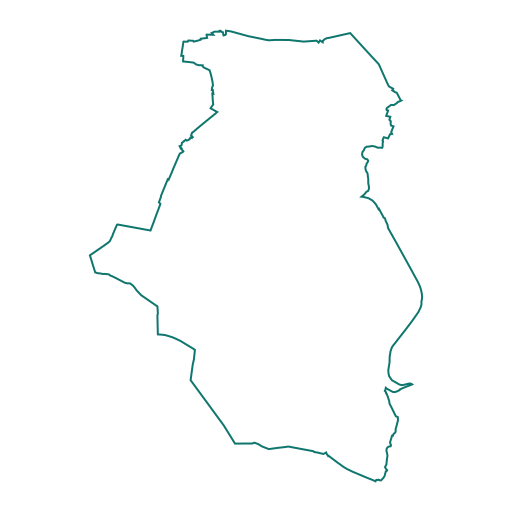 outline of Ixtlán, Michoacán, Mexico
{"feature_id": "50627088B63014892891044", "entity_name": "Ixtlán", "entity_type": "district", "adm_level": 2, "iso_a3": "MEX", "parent_name": "Mexico", "parent_adm1": "Michoacán", "projection": "albers", "projection_center": [-102.403, 20.149], "detail": "fine", "context": "isolated", "style": "outline", "palette": "teal", "viewbox_px": 512, "rotation_deg": 0, "n_neighbors": 0, "source": "geoboundaries", "source_scale": "gbopen_adm2", "svg_char_len": 5695}
<svg xmlns="http://www.w3.org/2000/svg" viewBox="0 0 512 512"><path d="M412.1,384.4L411.4,383.9L410.6,383.6L409.8,383.5L409.0,383.6L406.4,384.2L403.6,384.9L402.8,385.0L401.8,385.1L400.4,384.8L399.5,384.5L398.8,384.2L395.9,382.5L391.9,380.2L389.2,376.3L388.5,373.3L388.3,370.0L389.3,364.1L389.6,361.4L389.6,359.1L389.7,356.5L390.1,354.0L390.5,351.4L391.2,349.2L392.1,347.0L392.9,345.8L395.0,343.2L400.2,336.5L405.3,330.0L411.6,321.7L418.3,312.2L420.5,307.7L421.4,305.0L421.5,302.9L421.3,301.9L421.8,300.1L422.1,297.1L422.0,295.0L421.3,291.0L420.5,288.1L419.4,285.2L417.5,281.2L414.4,275.6L409.4,266.4L409.0,265.7L397.2,244.3L389.5,230.6L388.1,228.2L387.5,224.7L385.5,220.4L385.5,220.1L385.0,218.4L384.7,218.1L383.5,217.6L383.4,217.0L379.0,208.9L378.6,209.3L376.0,204.5L375.1,203.4L373.7,201.8L372.0,200.2L370.5,199.4L368.5,198.2L366.3,197.6L364.0,197.1L363.4,197.0L361.5,196.7L364.1,194.6L365.1,193.5L366.4,191.8L368.0,191.0L368.6,189.9L369.0,188.4L368.9,186.7L368.2,182.6L368.3,180.1L368.2,178.4L367.9,176.7L367.7,174.4L367.2,172.5L366.3,171.6L365.5,169.2L365.4,166.6L366.2,165.7L366.6,163.6L367.9,161.8L368.2,160.6L367.2,159.3L365.4,158.9L364.3,158.1L363.2,157.2L362.5,156.2L362.1,154.3L362.4,152.2L363.8,150.3L364.9,147.8L366.7,146.7L369.4,146.5L372.1,146.0L375.3,146.6L377.7,147.7L380.1,147.7L381.0,147.7L382.2,147.8L382.6,146.5L382.7,145.0L382.6,144.1L382.6,143.3L383.1,141.5L382.5,140.5L383.1,139.0L383.7,137.3L384.5,137.4L388.0,138.4L390.1,134.2L392.1,133.9L391.2,132.1L392.7,128.3L393.3,126.9L393.5,126.4L391.0,125.5L390.6,123.7L390.8,121.3L389.4,119.8L390.3,116.8L386.2,115.9L388.1,110.5L387.4,110.3L386.7,110.1L386.6,109.5L386.5,108.8L386.9,108.0L391.1,104.9L393.8,105.1L397.1,102.9L397.8,102.0L399.3,101.5L401.1,100.6L400.8,100.5L396.8,92.8L394.5,91.9L393.9,91.1L393.4,91.1L392.2,90.3L393.2,88.8L392.9,88.6L388.9,86.4L387.2,83.0L380.0,66.9L378.8,64.2L369.5,54.2L350.2,33.1L345.3,34.2L328.8,37.9L326.8,38.2L324.7,39.2L322.9,40.8L322.7,42.3L320.0,40.4L318.6,42.6L316.6,40.7L303.6,41.6L301.8,41.4L295.4,40.7L288.9,40.0L287.2,40.0L275.3,39.9L268.9,40.3L265.6,39.8L262.2,39.0L248.4,36.2L230.9,31.4L226.0,30.7L225.9,34.3L225.2,35.0L223.5,35.4L222.9,32.3L221.5,31.9L220.7,30.8L219.5,30.8L219.4,31.7L217.8,31.7L215.4,31.6L214.0,31.8L212.2,32.8L211.7,33.0L213.3,34.8L206.6,34.6L206.5,34.8L207.1,37.9L206.8,38.0L200.7,38.7L200.7,39.7L198.3,40.5L193.7,41.6L193.2,40.8L188.4,40.5L187.7,41.7L187.3,41.7L183.5,41.6L183.4,41.7L182.6,47.3L182.0,50.8L181.7,53.3L181.2,55.8L183.3,55.9L183.3,57.8L183.1,60.1L183.1,61.5L184.8,61.6L187.5,61.9L188.7,62.0L188.8,62.0L190.1,62.2L191.1,62.3L193.6,62.6L195.4,63.9L196.5,64.6L197.0,64.7L198.8,65.2L200.8,65.2L201.4,65.3L202.7,65.3L202.7,66.4L203.5,67.2L204.2,67.7L205.9,68.5L207.8,69.4L209.5,70.2L210.6,73.4L211.4,76.6L212.5,81.8L213.0,85.3L212.1,87.5L211.8,90.1L212.8,90.0L213.2,92.8L213.4,93.9L212.3,93.7L212.7,98.2L212.6,98.5L213.2,104.5L211.7,106.5L210.6,108.3L217.2,112.0L215.3,113.7L212.6,115.9L209.1,118.7L208.9,118.9L204.6,122.4L203.5,123.3L201.9,124.6L197.7,128.1L197.2,128.5L196.9,128.8L193.5,131.7L192.2,132.5L191.1,135.2L192.7,137.1L191.6,137.6L191.6,137.9L190.5,137.5L189.6,138.9L189.6,139.3L186.9,140.6L185.6,139.8L184.3,141.1L183.7,141.2L183.6,141.6L181.9,142.8L181.6,145.1L181.3,145.5L180.1,146.0L179.6,146.1L179.7,146.5L181.5,148.3L180.9,148.7L183.1,150.9L183.4,151.3L182.8,152.0L179.8,153.6L178.5,156.4L178.5,156.5L173.9,167.2L173.7,167.7L173.5,168.1L173.4,168.3L171.6,172.8L168.8,179.3L168.3,178.3L168.3,178.2L167.0,181.1L162.4,192.4L161.0,195.9L160.9,196.4L160.9,197.0L159.5,200.8L158.9,202.3L160.4,203.9L159.2,207.2L156.0,215.7L153.5,222.6L152.3,225.7L150.5,230.5L137.9,228.2L117.6,224.5L117.0,224.7L115.5,228.1L113.1,233.8L112.1,236.7L111.7,237.1L109.9,241.1L107.6,243.1L93.3,253.0L89.9,255.3L92.8,264.7L95.2,272.4L98.2,273.3L99.7,273.3L102.4,273.9L103.8,274.0L104.6,273.9L108.5,274.3L109.3,274.6L109.8,275.2L110.3,275.6L111.7,276.0L112.9,276.6L117.5,278.9L120.3,280.4L123.2,281.9L124.7,282.7L127.1,283.3L130.1,283.4L133.1,285.7L135.2,288.3L136.7,290.5L137.6,291.4L141.3,295.3L153.5,303.7L155.6,305.2L157.4,306.3L157.9,313.6L157.4,315.1L157.8,332.7L157.9,334.4L162.1,334.7L165.2,335.1L168.7,336.1L172.8,337.4L176.6,339.1L180.6,341.0L186.1,344.4L191.1,347.4L194.9,349.8L193.9,359.5L192.8,364.1L190.6,380.2L206.6,402.0L223.8,425.5L235.0,443.6L252.3,443.5L254.3,442.7L258.3,444.1L261.9,446.4L268.8,449.1L277.5,447.9L285.5,447.0L287.0,446.7L289.0,446.6L289.7,446.8L296.1,448.0L302.5,449.2L313.3,451.2L314.2,452.0L317.2,452.5L323.2,453.9L323.3,453.9L323.7,453.9L326.1,452.5L326.8,454.1L328.2,456.1L328.6,455.8L333.3,459.4L337.7,462.7L343.5,466.9L347.4,469.2L353.0,471.9L367.3,477.9L371.7,479.6L375.5,481.3L375.7,480.8L376.0,480.2L376.9,479.8L377.6,480.1L378.7,479.7L380.0,480.4L381.0,480.4L383.2,478.1L383.9,477.1L384.7,475.7L385.7,471.6L385.8,471.6L387.0,470.7L387.2,470.2L386.3,469.4L385.0,467.1L386.4,464.5L386.5,463.2L387.0,458.6L387.4,456.4L387.4,455.1L387.1,453.5L386.5,451.1L386.5,450.6L386.5,449.6L386.7,448.6L387.0,448.1L387.4,447.6L387.7,447.3L388.2,447.0L388.7,446.6L389.2,446.5L389.7,446.4L390.1,446.4L390.7,446.2L390.9,445.7L390.9,444.9L390.4,443.8L390.1,442.7L390.2,442.0L390.4,441.2L390.9,439.5L391.0,439.3L391.8,436.4L392.1,435.6L392.4,435.4L392.9,435.6L393.4,434.3L395.4,432.2L395.5,431.8L395.7,430.8L395.6,429.1L396.5,426.1L398.0,420.2L397.8,417.1L395.8,416.2L394.2,413.0L394.0,412.5L392.5,409.5L389.5,403.5L389.2,401.0L387.8,396.8L386.8,394.1L386.1,393.5L386.0,392.6L386.0,392.3L384.8,390.9L385.3,390.2L385.8,387.8L387.6,389.2L388.7,389.7L389.3,390.0L391.4,391.2L393.1,392.0L394.5,392.1L396.3,391.7L399.5,390.2L399.6,389.6L402.1,388.4L406.5,386.6L410.2,385.2L412.1,384.4Z" fill="none" stroke="#0f766e" stroke-width="2"/></svg>